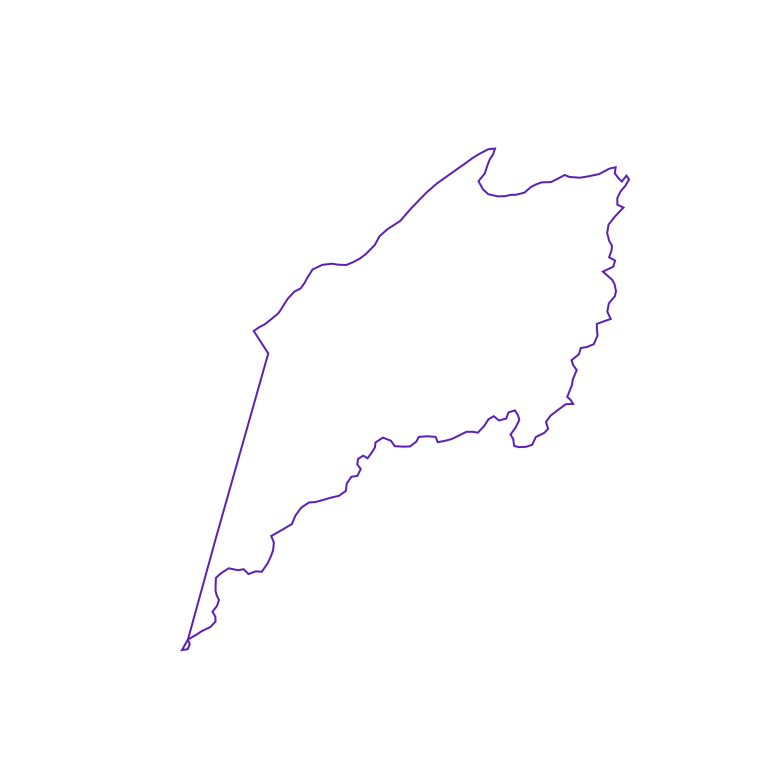 the district of São José dos Basílios, Maranhão, Brazil, rotated 235°
{"feature_id": "56859067B27394431743409", "entity_name": "São José dos Basílios", "entity_type": "district", "adm_level": 2, "iso_a3": "BRA", "parent_name": "Brazil", "parent_adm1": "Maranhão", "projection": "equal_earth", "projection_center": [-44.586, -5.014], "detail": "fine", "context": "isolated", "style": "outline", "palette": "violet", "viewbox_px": 768, "rotation_deg": 235, "n_neighbors": 0, "source": "geoboundaries", "source_scale": "gbopen_adm2", "svg_char_len": 2511}
<svg xmlns="http://www.w3.org/2000/svg" viewBox="0 0 768 768"><g transform="rotate(235 384 384)"><path d="M502.2,307.7L475.4,306.7L353.3,156.8L287.2,76.9L286.3,85.6L286.1,92.9L284.5,102.6L286.1,109.8L290.0,112.3L295.9,113.0L298.0,119.9L301.8,125.0L306.4,125.6L310.9,127.2L315.8,130.7L321.6,135.1L322.5,142.2L322.1,151.1L315.2,157.6L312.8,162.8L306.0,164.0L304.1,171.5L300.3,176.2L303.9,185.9L308.1,193.1L311.5,197.9L317.4,202.9L324.2,204.4L323.5,211.0L322.7,220.5L322.1,228.3L327.0,235.9L330.2,245.3L330.0,254.5L326.5,260.4L323.7,268.4L321.3,275.5L318.3,282.8L318.3,291.3L323.9,296.5L326.7,304.1L324.0,309.5L327.7,316.2L333.5,316.0L337.5,319.8L337.3,325.8L332.6,328.0L334.7,334.3L337.3,340.3L341.0,343.5L340.7,352.3L333.7,357.1L327.0,357.1L321.8,363.6L317.9,369.6L318.3,377.4L320.7,382.2L316.2,389.7L311.1,395.9L305.5,394.7L302.5,401.3L300.1,407.9L298.8,415.7L297.6,424.0L294.2,429.0L290.3,433.0L292.2,442.2L295.2,449.4L294.7,455.4L288.2,457.3L285.6,464.3L289.3,469.8L287.3,476.1L281.5,475.8L277.0,474.3L272.8,466.7L270.0,458.6L264.9,458.3L258.6,455.1L254.9,458.3L251.1,464.3L249.2,470.5L253.5,478.0L252.0,487.2L253.2,492.8L260.0,494.8L262.6,502.6L263.0,514.1L263.2,521.3L259.2,527.5L263.8,527.7L268.3,526.7L272.1,532.4L275.4,537.5L279.4,541.2L284.8,549.8L291.0,549.8L295.9,551.2L296.6,560.8L300.6,565.8L297.8,571.7L296.3,578.7L301.3,586.8L306.4,589.6L311.2,592.8L308.8,601.6L307.2,607.0L315.1,608.4L321.1,614.4L323.5,623.5L327.0,627.3L333.5,630.1L338.4,630.7L350.5,627.7L348.6,639.1L352.6,644.1L358.7,641.1L362.7,646.8L366.4,650.0L372.3,650.6L379.7,653.4L385.8,659.4L388.8,669.6L391.2,681.4L397.0,678.0L402.4,681.7L406.1,688.3L407.9,695.3L411.0,702.1L415.6,702.1L413.4,694.9L418.0,694.1L424.3,693.9L428.7,698.1L431.1,692.3L432.6,680.5L437.1,670.1L440.6,662.8L447.2,654.7L451.6,651.8L452.7,642.4L453.7,636.5L458.7,628.9L460.2,623.5L461.1,617.4L460.2,608.8L463.3,600.7L466.3,596.2L468.4,590.9L472.4,584.9L479.6,578.3L486.6,576.7L495.9,577.7L498.8,587.5L503.7,594.0L507.3,599.4L509.5,605.0L513.2,610.0L516.5,604.0L517.9,593.4L518.3,585.9L518.1,578.7L518.1,566.9L517.9,542.4L516.5,528.9L514.6,518.7L511.8,504.7L508.3,491.0L508.8,475.5L507.6,465.1L503.2,456.3L500.9,443.8L500.6,436.2L501.5,428.7L503.1,421.4L508.0,414.9L512.3,410.5L517.0,401.9L518.8,391.2L515.1,382.4L512.2,376.5L510.1,370.5L511.1,363.6L509.0,353.9L506.7,348.2L504.4,343.1L502.5,337.8L501.8,329.0L501.3,320.8L502.1,314.6L502.2,307.7ZM279.4,71.1L282.1,75.5L287.2,76.9L281.9,65.9L279.4,71.1Z" fill="none" stroke="#5b21b6" stroke-width="2"/></g></svg>